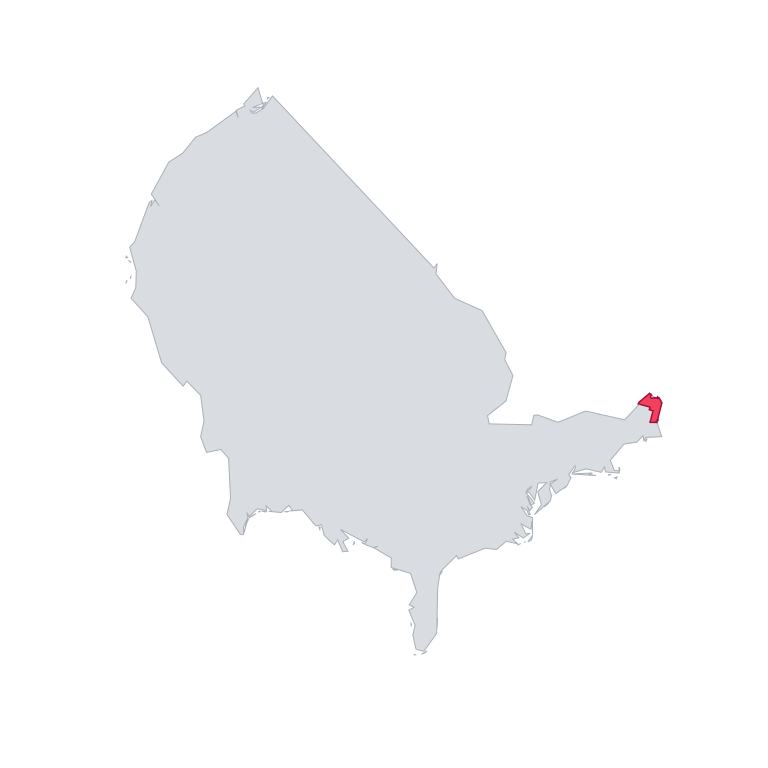 Aroostook, Maine, United States of America shown in context, rotated 15°
{"feature_id": "52423323B61306663314312", "entity_name": "Aroostook", "entity_type": "district", "adm_level": 2, "iso_a3": "USA", "parent_name": "United States of America", "parent_adm1": "Maine", "projection": "orthographic", "projection_center": [-68.421, 46.517], "detail": "fine", "context": "in_parent", "style": "filled", "palette": "rose", "viewbox_px": 768, "rotation_deg": 15, "n_neighbors": 0, "source": "geoboundaries", "source_scale": "gbopen_adm2", "svg_char_len": 5925}
<svg xmlns="http://www.w3.org/2000/svg" viewBox="0 0 768 768"><g transform="rotate(15 384 384)"><path d="M585.7,358.0L625.7,356.3L642.8,324.4L657.1,330.0L657.3,349.9L665.9,363.0L650.6,367.9L649.8,371.5L647.4,366.9L643.4,374.7L631.3,379.9L622.4,399.3L628.9,407.9L633.6,407.0L632.5,403.3L633.9,405.1L634.2,409.2L620.7,411.6L618.4,407.1L616.7,413.1L601.2,413.7L589.1,420.8L590.6,416.4L589.7,413.5L585.8,423.8L588.9,425.9L587.1,434.7L578.3,445.5L570.6,437.7L576.2,431.0L570.0,435.5L571.6,443.7L574.7,448.5L574.9,453.7L563.2,471.2L567.3,459.9L560.4,448.2L566.7,437.1L558.5,439.8L559.6,457.2L552.5,451.2L549.8,451.5L552.8,446.4L552.8,444.8L549.8,448.7L549.3,452.2L560.2,460.1L557.3,462.9L552.8,456.4L550.9,455.1L556.7,463.0L559.4,464.7L557.3,468.8L554.1,465.1L559.0,472.2L557.6,473.0L555.2,469.4L548.1,467.0L556.4,474.2L562.1,474.6L566.4,490.9L562.5,478.3L563.3,486.3L552.7,483.6L559.7,492.1L563.7,490.3L558.3,496.8L548.2,493.3L554.1,497.6L548.4,500.6L554.5,503.8L542.8,504.2L535.5,514.8L524.2,516.4L501.0,533.8L498.5,531.1L488.3,548.3L487.0,552.8L488.7,567.4L499.4,611.2L491.7,631.9L483.5,631.8L476.8,619.0L476.5,609.1L466.5,596.0L471.0,591.7L465.5,590.9L469.7,577.0L458.7,560.1L438.3,559.3L436.1,550.2L416.9,544.9L419.9,542.3L416.0,544.7L407.0,544.0L408.1,537.5L405.8,541.7L379.5,535.7L389.9,542.1L385.0,546.8L392.4,554.9L387.5,556.7L379.6,546.5L377.8,552.2L365.5,545.9L360.0,536.2L354.8,538.7L337.8,526.8L325.4,531.2L328.6,529.9L323.4,525.8L318.1,534.7L305.6,536.9L308.6,536.0L301.7,532.2L303.3,536.5L293.9,537.4L288.0,547.0L284.7,543.8L287.2,548.0L285.3,558.2L287.3,565.6L284.3,566.6L266.1,550.7L265.4,534.3L253.1,496.0L243.4,489.5L230.2,496.0L220.6,482.4L219.7,466.4L209.9,442.5L192.8,432.3L190.5,438.1L163.8,421.2L138.6,380.3L117.5,366.6L119.3,355.0L115.5,339.1L102.9,317.6L106.4,311.0L110.2,269.5L112.4,266.8L112.7,273.2L114.8,265.2L120.6,270.0L110.1,260.8L118.7,225.3L129.9,213.0L138.1,194.4L147.7,186.8L170.3,159.0L174.2,164.4L170.4,157.8L177.7,151.4L176.0,149.8L185.6,130.4L194.2,144.4L185.5,150.8L193.7,148.3L187.9,155.2L183.9,154.3L185.6,156.5L189.9,155.6L196.2,148.9L201.8,134.6L402.3,259.1L404.2,253.9L405.7,264.2L430.1,283.0L459.7,287.7L493.9,322.2L494.3,329.2L506.4,342.5L506.2,369.0L492.2,387.7L495.9,395.3L537.1,385.2L536.9,375.4L540.6,374.1L561.9,376.0L585.7,358.0ZM605.6,418.3L612.4,417.6L588.4,422.4L608.3,416.0L605.6,418.3ZM197.3,142.4L195.2,148.5L194.6,149.1L195.2,143.6L197.3,142.4ZM287.4,563.7L286.8,553.9L288.2,549.0L287.3,554.4L287.4,563.7ZM652.2,368.6L652.0,371.7L651.0,371.0L652.2,368.6ZM359.6,538.9L359.7,541.2L358.0,538.9L359.6,538.9ZM105.2,330.8L107.6,331.4L107.5,331.9L105.2,330.8ZM103.6,328.3L102.1,328.9L102.1,327.2L103.6,328.3ZM626.8,412.3L624.8,414.1L624.4,413.6L626.8,412.3ZM290.9,545.0L288.3,548.4L294.0,542.2L290.9,545.0ZM496.4,596.9L498.4,605.5L495.9,596.0L496.4,596.9ZM111.8,345.4L111.6,348.1L111.6,345.4L111.8,345.4ZM492.9,633.3L490.1,635.4L494.8,630.7L492.9,633.3ZM566.8,496.3L563.9,499.3L566.7,491.6L566.8,496.3ZM198.7,137.2L197.6,138.5L197.5,137.2L198.7,137.2ZM303.0,538.2L298.7,538.5L303.3,537.6L303.0,538.2ZM633.1,413.3L632.9,415.5L630.9,414.9L633.1,413.3ZM109.0,350.8L108.5,353.7L108.6,350.8L109.0,350.8ZM297.3,539.6L295.5,540.0L297.3,538.9L297.3,539.6ZM573.5,457.1L570.4,461.4L574.1,455.5L573.5,457.1ZM323.7,532.5L320.8,533.1L325.1,531.7L323.7,532.5ZM488.5,550.6L487.6,553.9L487.6,551.5L488.5,550.6ZM555.4,504.5L554.4,505.1L557.4,502.7L555.4,504.5ZM445.5,560.2L441.9,561.2L440.6,560.5L445.5,560.2ZM405.9,543.1L405.2,543.5L403.3,542.9L405.9,543.1ZM472.7,608.8L472.9,611.2L472.1,608.2L472.7,608.8ZM396.6,545.5L395.7,547.5L396.3,543.6L396.6,545.5ZM484.5,637.6L482.5,637.6L485.3,637.3L484.5,637.6ZM586.4,436.2L585.0,438.4L586.8,435.3L586.4,436.2ZM561.7,499.8L560.5,500.4L560.3,500.4L561.7,499.8Z" fill="#d9dde1" stroke="#a8b0b8" stroke-width="1"/><path d="M657.3,350.6L657.1,350.4L657.3,350.4L657.2,349.9L657.5,349.9L657.4,349.6L657.2,349.5L657.2,349.3L657.3,349.1L657.2,348.9L657.3,348.8L657.5,348.6L657.8,348.5L657.7,348.4L657.6,348.2L657.4,348.1L657.2,347.8L657.2,347.6L657.3,347.6L657.4,347.4L657.5,347.5L657.6,347.4L657.6,347.2L657.8,347.2L657.7,347.0L657.5,346.9L657.5,346.4L657.5,345.8L657.5,345.3L657.4,343.2L657.4,341.8L657.4,339.5L657.4,339.1L657.3,337.1L657.3,334.8L657.3,334.7L657.3,334.2L657.3,333.1L657.3,331.2L657.3,330.8L657.3,330.6L657.3,330.3L657.3,330.2L657.2,330.2L656.9,330.0L656.8,329.9L656.7,329.8L656.4,329.7L656.2,329.5L656.2,329.4L656.1,329.2L655.9,329.0L655.9,328.9L655.7,328.7L655.6,328.4L655.5,328.2L655.4,328.2L655.2,328.1L655.1,327.9L654.9,327.7L654.5,327.5L654.4,327.4L654.3,327.2L654.2,327.2L653.9,327.0L653.9,326.9L653.7,326.8L653.6,326.7L653.5,326.4L653.4,326.4L653.1,326.2L653.0,326.3L653.0,326.2L652.9,326.2L652.7,326.0L652.4,326.0L652.3,325.9L652.2,325.9L652.2,326.0L651.9,326.0L651.8,325.9L651.8,326.0L651.6,326.0L651.4,326.1L651.3,326.4L651.3,326.5L651.3,326.8L651.4,327.0L651.2,327.0L650.9,327.1L650.7,327.1L650.5,326.9L650.4,326.9L650.2,326.9L649.9,326.9L649.7,327.0L649.4,327.0L649.2,327.1L649.2,327.3L649.2,327.5L648.9,327.7L648.7,327.7L648.6,327.8L648.4,327.7L648.2,327.7L647.8,327.8L647.7,327.8L647.5,328.0L647.4,328.0L647.1,328.1L646.8,328.2L646.7,328.3L646.4,328.4L646.4,328.5L646.2,328.5L646.0,328.4L645.9,328.4L645.7,328.2L645.4,328.1L645.2,327.9L644.9,327.7L644.7,327.4L644.7,327.2L644.7,326.9L644.7,326.7L644.6,326.4L644.6,325.7L644.8,325.6L644.7,325.5L644.7,325.4L644.8,325.4L644.7,325.3L644.8,325.3L644.8,325.2L644.7,324.9L644.4,325.0L644.2,324.9L644.0,324.7L643.7,324.6L643.4,324.5L643.1,324.6L642.9,324.4L640.8,327.5L639.5,329.3L636.9,333.0L636.3,333.8L635.6,334.8L635.1,335.5L634.8,337.1L634.7,337.3L637.8,337.4L646.9,337.5L646.9,340.1L648.2,340.1L648.2,340.3L650.8,340.3L650.8,344.1L650.8,345.3L650.8,346.6L650.9,346.8L650.9,347.8L650.9,348.1L650.9,349.5L650.8,350.8L650.8,352.1L651.0,352.2L652.6,351.8L654.8,351.2L656.3,350.8L656.3,350.6L656.6,350.8L657.3,350.6Z" fill="#f43f5e" stroke="#9f1239" stroke-width="1.5"/></g></svg>